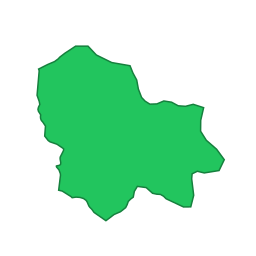 SVG path tracing the border of Artvin, rotated 254°
{"feature_id": "TUR-2298", "entity_name": "Artvin", "entity_type": "Province", "adm_level": 1, "iso_a3": "TUR", "parent_name": "Turkey", "parent_adm1": "", "projection": "albers", "projection_center": [41.741, 41.035], "detail": "fine", "context": "isolated", "style": "filled", "palette": "green", "viewbox_px": 256, "rotation_deg": 254, "n_neighbors": 0, "source": "natural_earth", "source_scale": "10m", "svg_char_len": 1274}
<svg xmlns="http://www.w3.org/2000/svg" viewBox="0 0 256 256"><g transform="rotate(254 128 128)"><path d="M207.5,58.4L209.3,58.3L211.2,68.4L212.1,75.7L213.7,80.0L214.9,81.9L217.3,88.0L221.1,100.2L217.7,112.1L206.9,117.7L195.4,130.4L187.3,147.1L179.5,147.9L171.7,149.6L162.6,148.7L153.6,149.5L149.0,151.9L144.9,155.6L143.2,162.4L144.1,169.9L140.8,177.0L135.5,182.4L133.0,189.3L132.8,197.2L126.7,206.3L115.3,200.0L104.9,196.9L94.6,199.9L83.2,207.3L71.0,211.8L62.0,203.8L63.8,188.9L67.3,182.7L66.3,177.0L61.6,175.2L45.2,172.6L34.9,166.6L36.8,159.6L49.5,145.1L52.6,143.4L55.2,140.9L56.5,137.3L58.5,133.6L65.7,129.1L69.3,120.9L65.3,116.6L60.1,114.0L58.9,110.8L57.3,108.0L54.6,106.1L52.1,103.8L49.6,97.7L48.7,90.8L45.2,81.8L45.0,81.2L56.2,72.1L59.6,70.9L62.4,69.4L63.8,68.9L68.4,68.3L70.1,67.7L72.5,65.8L74.5,62.7L75.9,59.0L76.4,55.1L77.8,54.3L85.5,47.4L87.3,44.2L101.2,50.1L102.9,50.4L106.8,50.1L110.1,48.6L111.1,48.6L111.3,49.3L111.1,50.6L111.1,52.0L111.6,53.1L113.2,53.8L117.0,54.2L118.7,54.8L124.0,59.7L125.6,60.4L126.8,59.6L132.1,55.1L136.2,49.2L138.0,47.8L143.2,45.7L152.6,49.2L157.3,47.7L159.1,46.8L161.0,46.6L162.8,46.9L164.7,47.7L168.8,46.5L170.8,46.6L172.7,47.7L174.9,49.7L178.0,50.0L184.5,49.6L207.5,58.4Z" fill="#22c55e" stroke="#15803d" stroke-width="1.5"/></g></svg>